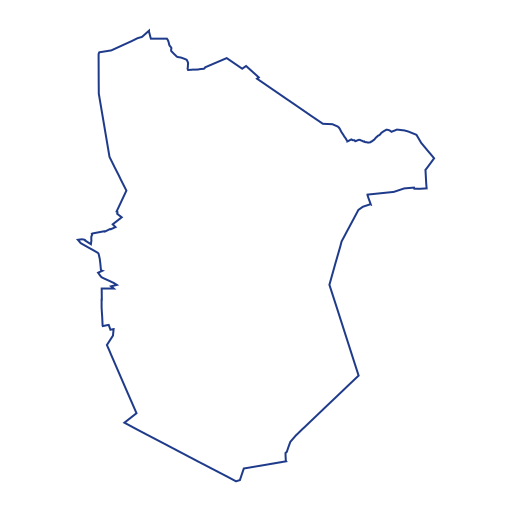 outline of Bladel, Noord-Brabant, Netherlands
{"feature_id": "6326949B15659642618503", "entity_name": "Bladel", "entity_type": "district", "adm_level": 2, "iso_a3": "NLD", "parent_name": "Netherlands", "parent_adm1": "Noord-Brabant", "projection": "robinson", "projection_center": [5.245, 51.371], "detail": "fine", "context": "isolated", "style": "outline", "palette": "blue", "viewbox_px": 512, "rotation_deg": 0, "n_neighbors": 0, "source": "geoboundaries", "source_scale": "gbopen_adm2", "svg_char_len": 5555}
<svg xmlns="http://www.w3.org/2000/svg" viewBox="0 0 512 512"><path d="M226.7,58.1L205.4,67.2L205.4,67.3L205.2,67.4L204.2,68.6L203.7,68.8L200.0,69.1L198.1,69.5L195.8,69.6L193.1,69.6L192.0,69.7L188.1,70.0L188.0,69.8L188.0,69.7L187.9,69.5L187.7,69.0L187.6,68.7L187.6,68.4L187.7,68.0L187.8,67.5L187.8,67.0L187.9,66.5L187.9,66.2L187.9,65.3L188.0,64.6L188.0,63.8L188.1,63.3L188.0,62.9L188.0,62.7L187.9,62.3L187.1,60.6L187.0,60.3L186.8,60.0L186.6,59.9L186.3,59.6L186.1,59.5L185.6,59.3L183.6,58.5L182.5,58.1L181.4,57.7L181.1,57.6L180.8,57.5L180.5,57.5L180.1,57.4L178.1,57.1L177.7,57.0L177.1,56.8L176.8,56.6L176.5,56.3L173.6,53.5L171.8,51.6L171.5,51.4L171.3,51.1L171.2,50.8L171.1,50.4L171.1,50.1L171.1,49.8L171.3,48.7L171.4,48.3L171.3,47.9L171.2,47.6L171.0,47.3L170.0,46.1L169.9,45.9L169.5,45.5L169.5,45.4L169.4,45.2L169.3,44.8L169.1,44.3L168.8,42.9L168.5,41.7L168.1,40.7L167.9,40.2L167.7,39.9L167.6,39.7L167.3,39.3L167.0,38.9L166.9,38.7L150.9,38.7L150.8,38.3L150.4,37.1L149.9,35.1L149.4,33.1L149.3,32.8L149.2,32.6L149.1,32.3L149.1,32.1L149.0,31.8L149.0,31.4L149.0,31.0L149.0,30.7L142.0,36.9L137.5,38.2L131.7,41.1L124.4,44.4L111.3,50.4L99.3,52.3L98.6,54.0L98.6,57.1L98.7,81.3L98.8,93.7L103.7,122.6L109.5,156.9L115.0,168.0L118.8,175.4L121.0,180.0L126.4,190.6L119.7,204.9L116.6,211.5L116.9,211.6L117.5,212.1L117.2,213.8L121.7,217.3L112.7,224.3L115.5,227.1L110.7,229.3L110.1,229.0L107.3,230.4L104.8,231.6L104.7,231.6L104.7,231.3L104.5,231.2L103.4,231.4L92.3,233.5L91.8,233.8L92.1,234.9L91.5,236.2L91.3,236.7L91.3,237.0L91.3,237.4L91.3,237.6L91.3,237.9L91.3,238.5L91.3,239.4L91.4,240.7L91.3,241.2L90.9,244.2L86.5,241.4L85.9,241.0L85.1,240.5L85.1,240.1L84.3,239.7L83.9,239.6L83.3,239.5L82.7,239.4L81.6,239.3L77.9,239.8L80.5,242.9L80.6,243.0L81.0,243.3L81.3,243.5L89.8,248.3L92.4,249.7L97.6,252.7L97.9,252.9L98.2,253.2L98.4,253.5L98.6,253.8L99.4,257.3L99.7,258.6L99.8,259.3L100.3,263.3L100.6,266.4L100.9,269.6L101.0,269.8L101.1,270.1L101.3,270.3L101.6,270.5L102.0,270.7L102.3,270.8L98.1,272.7L100.3,275.8L101.1,276.7L101.1,276.8L101.5,277.1L102.2,277.6L104.3,278.6L110.5,281.4L112.5,282.4L113.3,282.7L113.8,283.0L114.2,283.2L116.8,284.9L111.1,286.3L113.7,288.5L108.3,288.5L101.7,288.5L101.7,289.5L101.8,299.3L101.8,299.7L101.6,299.7L101.6,300.1L101.6,301.2L101.6,305.7L101.6,307.3L101.8,311.1L102.2,317.1L102.6,325.6L102.8,326.1L107.0,325.2L108.7,324.9L110.4,329.7L112.8,329.3L113.0,329.2L113.6,329.1L113.0,335.3L113.0,335.5L112.9,335.7L106.9,345.0L108.6,348.9L108.7,349.0L110.7,353.8L125.8,388.7L136.5,413.2L124.4,422.7L140.1,431.1L160.4,441.7L179.8,451.9L199.2,462.1L218.7,472.2L228.3,477.2L236.0,481.3L239.9,480.1L243.8,468.5L286.1,461.3L285.9,461.0L285.8,460.4L285.6,456.7L285.5,453.0L285.6,452.8L286.0,452.6L286.3,452.2L286.5,452.1L286.8,451.9L288.3,447.4L290.3,441.9L291.4,440.6L292.7,439.1L293.3,438.4L294.7,436.8L295.8,435.5L296.4,435.0L296.5,434.7L296.9,434.5L297.0,434.4L302.3,429.2L304.4,427.3L313.9,418.2L325.2,407.4L339.8,393.5L348.8,384.9L358.6,375.6L353.9,361.0L349.0,345.7L344.0,330.1L336.4,306.4L329.4,284.8L335.3,263.7L340.3,246.4L341.6,241.4L344.4,236.2L346.8,231.6L348.0,229.4L354.1,218.0L358.4,209.9L362.8,206.8L363.0,206.7L370.5,204.2L370.7,204.3L370.5,203.6L370.4,203.5L369.4,200.6L369.1,199.9L368.2,197.3L367.6,195.5L367.5,195.1L367.5,194.8L367.5,194.6L393.8,191.9L394.4,191.7L404.3,188.4L414.0,187.6L414.3,188.7L414.8,188.7L419.3,188.8L421.3,188.7L426.4,188.4L426.6,188.4L426.2,183.3L425.8,176.0L425.5,170.4L425.4,170.0L427.1,167.8L428.8,165.5L429.7,164.3L434.1,158.3L431.2,154.8L429.5,152.8L427.2,150.1L425.9,148.5L421.2,142.9L416.8,135.4L416.5,134.9L416.4,134.8L416.2,134.7L409.0,131.8L408.6,131.6L407.7,131.4L407.3,131.2L406.1,130.9L405.0,130.6L404.6,130.5L403.5,130.3L402.0,130.2L400.7,130.0L399.0,129.8L397.9,129.7L396.9,129.6L395.9,130.0L395.0,130.4L394.5,130.6L393.4,131.0L392.4,131.4L391.5,131.8L390.7,131.2L390.3,130.9L389.8,130.6L389.7,130.5L389.3,130.3L388.3,130.0L387.5,129.8L387.3,129.8L386.8,129.7L386.6,129.7L386.2,129.8L385.6,130.2L384.6,130.7L384.3,130.9L383.6,131.3L382.3,132.2L381.6,132.7L381.3,132.9L381.2,133.0L380.4,134.1L379.9,134.6L379.5,135.0L379.3,135.1L379.2,135.2L378.3,135.6L378.1,135.7L377.8,135.9L377.7,136.0L377.2,136.5L376.7,136.9L376.6,137.1L376.3,137.3L375.9,137.6L374.2,139.7L374.1,139.8L373.9,139.9L373.6,140.0L373.3,140.2L373.0,140.5L372.7,140.8L372.4,141.1L372.2,141.1L371.8,141.3L371.6,141.5L371.2,141.6L371.1,141.8L370.7,142.1L370.0,142.4L368.8,142.5L368.5,142.6L367.9,142.6L367.7,142.5L366.5,142.2L366.3,142.2L366.1,142.2L365.7,142.2L364.8,142.0L364.6,141.9L364.6,141.7L364.3,141.4L364.1,141.4L363.7,141.5L363.4,141.5L363.2,141.4L362.1,140.8L361.9,140.7L361.4,140.6L360.7,140.3L360.3,140.1L360.1,140.0L359.9,139.9L359.6,139.9L359.0,139.9L358.7,139.9L358.5,140.0L358.2,140.1L357.9,140.2L357.3,140.4L356.7,140.7L356.0,141.0L355.7,141.1L355.4,141.2L355.2,141.2L354.5,140.3L354.3,140.2L352.7,140.2L352.4,140.1L352.0,139.8L351.8,139.6L351.7,139.5L351.4,139.4L351.2,139.5L350.9,139.6L350.7,139.8L350.2,140.0L349.6,140.3L348.9,140.7L348.1,141.1L347.4,141.4L347.4,141.2L347.2,140.8L347.0,140.6L346.9,140.4L346.7,140.2L346.2,139.4L346.1,139.2L346.0,138.8L344.5,136.8L344.2,136.4L344.1,136.2L342.8,134.0L342.6,133.8L342.5,133.7L342.0,132.9L341.6,132.3L341.4,132.0L341.3,131.8L341.1,131.4L340.8,130.9L340.4,130.0L340.1,129.4L339.8,128.9L339.6,128.6L339.4,128.2L339.1,127.7L338.9,127.7L338.5,127.2L337.8,126.6L337.7,126.5L337.4,126.4L332.4,124.2L322.9,123.8L311.5,116.1L295.4,105.0L286.0,98.6L271.0,88.3L257.0,78.7L258.8,77.4L246.1,66.0L242.2,68.7L226.7,58.1Z" fill="none" stroke="#1e3a8a" stroke-width="2"/></svg>